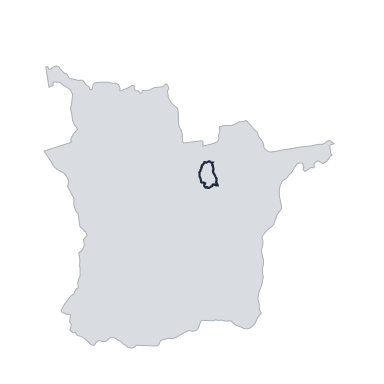 Ilebo, Kasaï-Occidental, Democratic Republic of the Congo shown in context, rotated 171°
{"feature_id": "63176286B19501088760626", "entity_name": "Ilebo", "entity_type": "district", "adm_level": 2, "iso_a3": "COD", "parent_name": "Democratic Republic of the Congo", "parent_adm1": "Kasaï-Occidental", "projection": "mercator", "projection_center": [20.49, -5.056], "detail": "fine", "context": "in_parent", "style": "outline", "palette": "slate", "viewbox_px": 384, "rotation_deg": 171, "n_neighbors": 0, "source": "geoboundaries", "source_scale": "gbopen_adm2", "svg_char_len": 7667}
<svg xmlns="http://www.w3.org/2000/svg" viewBox="0 0 384 384"><g transform="rotate(171 192 192)"><path d="M331.7,255.5L303.0,260.1L303.6,261.7L303.3,263.4L302.5,264.8L299.6,268.4L295.3,271.7L295.3,272.5L297.4,276.2L298.8,281.2L298.5,290.1L299.1,292.5L299.0,294.4L297.5,296.5L294.6,307.3L296.5,312.5L302.2,317.4L305.6,321.0L311.2,322.3L312.1,322.1L312.5,319.1L316.9,317.9L316.9,337.3L316.6,338.3L315.8,338.6L314.7,338.0L314.3,336.1L313.2,335.3L307.7,337.7L306.3,337.7L304.8,337.2L303.7,336.3L303.4,334.8L299.5,329.2L297.6,328.8L295.5,323.7L286.8,320.0L283.5,319.7L281.8,318.6L280.1,314.6L277.2,312.0L276.6,309.2L276.0,308.8L274.3,309.4L272.8,313.9L270.8,314.9L267.3,315.0L258.4,313.7L252.1,311.4L250.5,311.6L247.9,309.5L246.9,306.0L247.5,303.4L247.0,303.0L237.4,305.2L235.0,306.6L232.9,306.2L232.2,305.5L233.1,303.7L232.7,301.7L232.0,300.8L229.1,300.1L228.2,297.9L226.5,297.6L225.9,297.9L225.5,299.4L224.4,299.9L218.7,299.2L212.7,301.0L204.7,300.5L200.9,302.8L200.3,302.7L199.5,301.6L198.7,297.9L199.1,296.9L200.3,296.2L200.7,294.8L200.3,291.0L200.7,290.1L200.2,287.9L199.0,284.5L197.4,281.7L193.7,277.5L193.1,275.5L193.3,270.8L194.5,263.3L194.4,257.8L192.9,254.2L192.6,250.3L193.5,243.4L192.6,241.7L174.4,241.1L173.6,240.6L173.3,239.7L174.1,235.5L163.0,236.6L159.7,237.4L157.6,239.1L156.9,241.2L156.9,244.2L155.2,247.0L154.7,251.9L151.6,252.5L148.6,252.5L142.6,251.4L136.9,252.8L134.1,254.1L132.6,253.5L127.4,254.0L126.7,253.6L120.8,244.0L118.2,240.8L117.7,239.3L117.9,237.8L117.2,235.8L114.4,230.8L113.9,228.5L114.0,225.0L113.7,223.7L111.2,220.7L109.6,219.6L107.8,219.1L78.0,219.5L68.2,218.9L61.0,219.3L57.4,219.1L56.4,218.6L53.1,219.3L51.4,220.6L48.8,221.3L47.2,221.0L44.2,217.4L48.4,216.8L48.7,216.4L48.9,207.9L47.8,206.7L50.1,205.3L53.7,201.5L57.2,200.2L57.7,199.4L58.5,199.4L59.8,201.0L62.8,203.1L66.6,201.3L67.0,200.8L67.5,197.1L68.4,196.8L70.0,197.6L70.9,197.6L72.6,196.5L77.4,194.7L78.8,197.0L77.5,199.1L78.1,200.6L78.2,203.0L79.0,203.5L82.8,203.8L84.0,203.2L91.5,194.8L93.5,193.8L96.7,190.5L100.9,189.0L102.7,186.4L105.2,181.7L106.3,175.0L105.9,163.3L106.2,161.7L111.3,156.5L116.5,147.0L120.1,144.4L122.7,143.4L126.8,140.0L130.1,136.5L129.6,132.2L130.4,128.7L132.2,124.3L132.8,119.6L132.1,114.6L132.4,110.6L134.8,104.1L135.0,96.7L137.2,90.5L141.5,82.5L143.6,76.6L143.2,70.8L143.8,66.5L143.5,64.0L142.7,61.8L143.1,60.4L144.8,59.9L146.8,57.7L150.5,52.0L154.5,49.2L157.2,48.3L160.1,48.4L161.9,48.9L165.0,51.1L168.5,52.9L171.1,55.2L173.6,58.6L179.8,59.4L182.4,60.7L184.0,61.1L184.6,60.8L185.9,61.0L188.8,62.0L191.1,61.5L202.5,63.7L203.8,62.6L207.0,56.6L209.4,54.6L213.3,54.4L216.3,55.5L218.0,55.5L232.0,50.4L233.8,50.1L238.9,51.4L242.2,50.5L243.5,50.8L246.4,49.9L248.7,46.3L250.7,45.4L270.8,49.3L273.9,47.4L275.3,47.2L279.8,48.6L281.2,50.8L283.8,52.7L285.8,55.8L288.8,57.6L290.3,59.2L292.0,60.4L295.7,60.8L300.3,58.0L303.6,58.3L306.9,59.8L308.1,59.7L310.5,58.1L311.9,56.3L313.1,55.9L315.1,56.7L316.7,58.3L318.1,60.7L323.1,66.1L328.0,68.4L329.2,71.7L330.9,71.4L331.8,71.7L333.1,73.7L334.0,74.2L334.1,75.0L332.9,77.0L331.8,80.7L333.3,83.0L332.0,86.4L331.4,89.8L333.0,90.7L335.0,90.6L336.9,92.4L338.3,92.7L339.8,94.6L339.5,96.2L334.7,101.8L327.5,108.7L325.1,109.5L323.8,110.8L322.9,112.8L320.8,114.5L319.2,115.2L319.1,120.2L316.6,125.4L315.7,126.4L314.4,134.8L314.6,136.2L313.3,143.1L313.5,149.5L310.0,151.5L307.6,154.6L306.6,156.8L306.6,162.0L302.7,165.2L302.4,165.9L303.4,169.6L304.8,170.1L304.8,171.4L308.1,175.3L307.9,187.5L308.0,188.7L309.7,191.5L310.8,197.0L309.6,204.0L314.0,216.9L312.0,221.6L313.0,226.1L315.6,230.8L321.7,235.5L323.4,237.4L324.9,240.0L326.4,244.0L331.7,255.5Z" fill="#d9dde1" stroke="#a8b0b8" stroke-width="1"/><path d="M166.9,217.9L167.4,218.0L167.5,218.1L168.6,218.1L168.8,218.2L169.8,219.1L169.8,219.5L170.0,219.5L170.4,219.7L170.9,219.7L171.1,219.6L171.4,219.4L172.2,219.0L172.5,219.0L173.0,218.8L173.3,218.7L173.4,218.9L173.5,218.9L173.6,219.0L174.0,219.2L174.1,219.3L174.4,219.4L174.6,219.6L174.8,219.5L174.7,219.5L174.7,219.4L175.0,219.4L174.9,219.1L175.0,219.0L175.3,219.1L175.4,218.8L175.5,218.8L175.7,218.7L175.9,218.5L176.0,218.1L176.2,217.9L176.5,217.8L176.7,217.4L176.8,217.3L177.0,217.5L177.3,217.4L177.5,217.4L177.9,217.0L177.9,216.7L178.3,216.3L178.4,216.2L178.4,215.8L178.4,215.7L178.2,215.3L178.3,215.0L178.5,214.9L178.8,214.9L179.0,214.9L179.2,214.6L179.2,214.4L179.1,214.1L179.1,213.9L179.0,213.7L179.2,213.4L179.4,213.2L179.5,213.2L179.7,212.9L179.9,212.8L180.2,212.6L180.2,212.0L180.2,211.9L180.2,211.7L180.3,211.6L180.4,211.3L180.6,211.1L180.9,211.0L181.0,210.9L181.2,210.6L181.5,210.5L181.5,210.4L181.8,210.2L181.8,209.7L181.7,209.4L181.6,209.2L181.7,208.9L181.8,208.6L181.8,208.4L181.8,208.1L182.0,207.8L182.0,207.5L181.9,207.4L181.9,207.2L182.0,206.6L182.1,206.4L182.2,205.9L182.0,205.5L181.8,205.4L181.7,205.3L181.7,205.1L181.6,204.8L181.6,204.5L181.4,204.3L181.5,203.9L181.6,203.6L181.6,203.3L181.5,203.1L181.5,202.9L181.4,202.7L181.4,202.3L181.3,202.1L181.3,201.9L181.2,201.6L181.3,201.4L181.5,200.9L181.6,200.7L181.4,200.4L181.4,200.2L181.2,200.0L181.2,199.9L180.9,199.7L180.7,199.7L180.3,199.7L180.1,199.7L179.9,199.6L179.7,199.6L179.4,199.7L179.1,199.4L178.8,199.3L178.8,199.2L178.7,199.2L178.6,199.3L178.4,199.2L178.2,199.0L178.1,198.9L177.8,198.8L177.6,198.7L177.8,198.0L177.8,197.9L178.0,197.7L178.3,197.5L178.4,197.4L178.9,197.1L179.0,197.0L179.0,196.1L179.0,195.9L178.7,195.4L178.6,195.2L178.4,195.0L178.3,194.9L178.2,194.9L177.9,194.9L177.9,194.6L177.9,194.4L177.7,194.4L177.5,194.5L177.4,194.5L177.2,194.5L177.2,194.4L177.0,194.5L176.8,194.4L176.7,194.4L176.5,194.5L176.4,194.5L176.2,194.5L176.1,194.4L176.1,193.8L176.1,193.7L175.3,193.7L175.1,193.4L174.7,193.3L174.3,193.5L174.1,193.5L173.3,193.9L172.8,194.1L172.5,194.2L172.4,194.3L172.3,194.6L172.2,194.6L171.9,194.5L171.6,194.5L171.4,194.5L171.2,194.6L170.9,194.7L170.8,194.9L170.7,195.2L170.6,195.3L170.6,195.5L170.7,195.8L170.5,196.0L170.4,196.2L170.2,196.2L169.7,196.0L169.3,196.1L169.1,196.2L168.9,196.1L168.6,196.0L168.5,195.8L168.6,195.7L168.3,195.3L168.1,195.2L167.8,195.4L167.7,195.3L167.5,195.0L167.4,195.0L167.4,194.9L167.2,194.9L167.1,194.7L166.9,194.6L166.6,194.6L166.4,194.5L166.1,194.6L165.8,194.6L165.5,194.5L165.5,194.8L165.6,195.2L165.6,195.4L165.6,195.5L165.8,195.7L165.9,195.8L166.0,195.9L166.0,196.0L166.1,196.3L166.3,196.6L166.4,196.8L166.4,197.1L166.3,197.3L166.5,197.4L166.6,197.5L166.9,197.7L166.9,197.8L166.7,197.9L166.7,198.1L166.5,198.3L166.4,198.5L166.2,198.8L166.0,199.1L165.9,199.3L165.8,199.7L166.0,199.9L165.9,200.1L166.0,200.3L166.0,200.6L165.8,200.7L165.8,200.8L165.9,201.2L165.9,201.3L165.7,201.5L165.9,201.7L165.8,201.8L165.8,202.2L166.0,202.3L166.2,202.7L166.3,202.8L166.4,203.2L166.4,203.3L166.5,203.6L166.5,203.9L166.6,204.1L166.7,204.5L166.7,205.0L166.8,205.1L167.0,205.2L167.0,205.3L167.2,205.6L167.1,205.9L167.1,206.2L167.2,206.3L167.3,206.4L167.5,206.5L167.6,206.9L167.7,207.0L167.8,207.1L167.7,207.3L167.7,207.5L167.8,207.6L168.0,208.0L167.9,208.3L168.0,208.5L167.9,208.6L168.0,208.8L168.0,209.0L167.9,209.3L167.9,209.5L168.1,209.7L168.1,209.8L167.8,210.1L167.7,210.1L167.8,210.5L167.7,210.6L167.8,210.8L167.7,210.7L167.4,210.8L167.3,211.0L167.2,211.1L167.3,211.5L167.2,211.6L167.2,211.8L167.1,212.0L167.3,212.2L167.5,212.0L167.3,212.2L167.2,212.2L167.2,212.3L167.3,212.5L167.2,212.8L167.3,213.0L167.5,213.1L167.3,213.1L167.3,213.3L167.4,213.5L167.2,213.6L167.2,213.9L167.3,213.9L167.4,214.0L167.3,214.4L167.3,214.5L167.5,214.6L167.6,214.8L167.5,215.0L167.8,215.1L167.9,215.3L167.8,215.6L167.8,215.8L167.7,215.9L167.8,216.0L167.8,216.4L167.7,216.4L167.6,216.5L167.6,216.8L167.6,217.1L167.4,217.2L167.4,217.3L167.3,217.5L167.1,217.7L166.9,217.9Z" fill="none" stroke="#1e293b" stroke-width="2"/></g></svg>